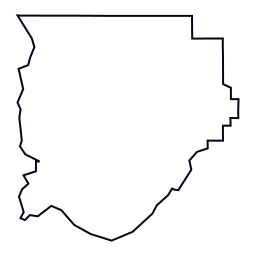 the district of Acadia, Louisiana, United States of America
{"feature_id": "52423323B76935168618959", "entity_name": "Acadia", "entity_type": "district", "adm_level": 2, "iso_a3": "USA", "parent_name": "United States of America", "parent_adm1": "Louisiana", "projection": "mercator", "projection_center": [-92.42, 30.265], "detail": "fine", "context": "isolated", "style": "outline", "palette": "ink", "viewbox_px": 256, "rotation_deg": 0, "n_neighbors": 0, "source": "geoboundaries", "source_scale": "gbopen_adm2", "svg_char_len": 818}
<svg xmlns="http://www.w3.org/2000/svg" viewBox="0 0 256 256"><path d="M80.0,15.7L19.8,15.6L17.5,15.4L31.7,38.2L34.4,47.1L30.1,57.7L28.2,65.1L18.6,68.8L23.2,89.1L17.5,102.5L20.6,109.3L19.3,117.8L21.8,140.4L20.0,146.4L25.3,154.3L39.6,161.6L36.0,161.3L35.9,171.3L23.5,175.3L28.4,183.7L22.1,189.3L19.0,196.7L23.7,212.1L20.5,218.2L25.0,220.1L29.8,215.1L37.7,216.3L51.3,205.9L61.4,210.2L74.3,225.0L90.6,234.0L111.6,240.6L132.8,231.7L152.5,213.5L156.8,205.3L168.1,195.2L172.1,188.5L174.0,189.5L178.3,190.2L191.3,169.7L189.4,160.5L196.9,151.9L207.7,148.4L207.6,140.6L223.0,140.7L222.9,125.7L230.6,125.7L230.4,118.0L238.3,118.1L238.2,110.6L238.5,99.1L230.9,99.1L230.9,87.8L223.1,84.1L223.0,57.5L222.8,45.9L222.8,38.5L192.2,38.6L192.0,15.9L183.2,15.9L116.0,15.9L80.0,15.7Z" fill="none" stroke="#020617" stroke-width="2"/></svg>